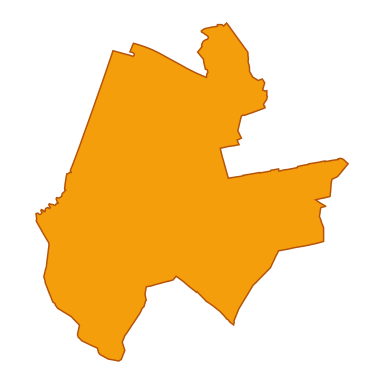 outline of Galgauskas pag., Gulbene, Latvia
{"feature_id": "27541924B87503038984023", "entity_name": "Galgauskas pag.", "entity_type": "district", "adm_level": 2, "iso_a3": "LVA", "parent_name": "Latvia", "parent_adm1": "Gulbene", "projection": "albers", "projection_center": [26.584, 57.171], "detail": "fine", "context": "isolated", "style": "filled", "palette": "amber", "viewbox_px": 384, "rotation_deg": 0, "n_neighbors": 0, "source": "geoboundaries", "source_scale": "gbopen_adm2", "svg_char_len": 5692}
<svg xmlns="http://www.w3.org/2000/svg" viewBox="0 0 384 384"><path d="M348.1,163.7L346.9,162.7L343.4,159.4L341.2,158.5L340.9,158.3L338.1,158.8L338.2,159.5L335.6,159.9L332.5,160.3L328.3,161.1L325.2,161.6L325.1,161.0L323.1,161.3L319.9,162.0L315.4,162.8L308.3,163.9L308.1,164.5L305.3,164.9L297.5,166.5L297.6,167.5L294.3,168.2L287.6,169.5L285.1,169.7L278.9,171.1L278.8,170.8L278.6,168.9L270.8,170.3L270.5,171.1L267.0,171.7L263.7,172.3L259.7,172.9L259.6,172.5L252.3,173.8L242.8,175.4L242.8,175.9L240.6,176.3L236.5,176.9L228.3,178.2L227.7,176.0L227.2,174.2L223.6,161.3L222.3,156.8L221.5,153.7L220.3,148.3L227.7,146.6L230.9,146.1L234.7,145.6L239.1,144.7L237.1,140.1L241.4,138.2L238.5,132.1L237.8,130.6L238.4,128.5L238.5,128.0L239.8,122.4L241.3,116.3L243.0,115.0L244.5,115.4L249.0,113.7L250.6,113.2L255.6,111.4L261.8,109.1L263.6,108.4L265.0,107.8L264.6,106.0L263.9,105.8L263.6,104.2L264.5,102.5L266.7,99.6L267.0,97.5L267.3,96.9L267.3,96.2L266.6,95.3L266.9,94.4L266.8,90.7L265.5,91.1L262.6,90.0L264.7,82.8L262.3,79.0L258.2,80.5L252.6,77.0L252.2,76.1L252.1,75.9L249.5,71.3L249.5,67.2L248.9,64.6L248.1,61.9L248.1,61.5L248.3,59.9L248.3,59.1L248.3,58.8L248.4,58.6L247.9,54.8L248.0,54.7L247.8,52.2L228.4,25.4L226.6,23.0L223.6,26.1L222.0,24.6L217.4,24.6L217.4,25.3L217.3,26.3L212.2,27.1L211.9,27.1L204.9,28.6L204.8,28.9L204.5,29.0L204.1,29.0L203.7,29.2L203.4,29.4L203.1,29.6L201.3,31.0L201.4,31.7L201.6,32.0L201.8,32.2L203.5,33.0L204.6,33.9L207.9,36.3L208.1,36.5L208.3,36.9L208.3,37.4L208.2,37.7L208.0,38.4L207.5,39.0L207.2,39.3L206.9,39.4L206.0,39.7L205.4,39.9L205.0,40.2L204.5,40.4L203.4,41.3L203.1,41.7L202.8,42.2L202.4,43.1L202.1,43.6L201.8,44.3L201.7,45.1L201.6,45.6L201.6,45.9L201.7,46.3L202.0,46.6L199.5,49.8L197.6,52.1L203.4,59.2L203.8,62.4L204.9,67.0L205.4,69.2L207.1,69.6L207.9,72.3L206.8,74.0L206.6,76.6L206.5,76.8L206.4,77.4L201.6,75.4L197.4,73.6L193.8,71.9L192.0,71.0L189.8,69.9L186.2,68.0L182.3,65.8L159.8,53.5L156.9,52.0L154.2,50.7L152.7,50.0L150.2,48.9L146.4,47.4L144.8,46.8L140.6,45.4L135.1,43.7L133.5,43.3L132.6,45.2L130.0,51.8L132.4,52.5L132.9,52.7L133.3,52.9L133.6,53.2L134.1,53.8L134.3,54.2L134.3,54.7L134.2,55.1L133.9,55.5L133.0,56.4L132.9,56.3L130.4,55.5L130.0,55.3L124.9,54.0L113.0,50.7L111.9,54.0L109.9,59.9L109.7,60.5L103.1,79.9L99.9,89.0L95.9,100.3L93.2,108.2L93.1,108.3L91.8,112.1L90.6,115.3L88.8,120.4L88.5,121.3L83.0,136.5L79.7,145.9L72.3,165.7L70.6,169.5L70.5,171.3L71.0,171.9L71.9,172.5L71.1,172.4L71.0,172.5L69.7,172.4L69.5,172.5L69.4,172.8L67.8,173.7L67.6,173.9L67.3,174.1L67.2,174.1L66.7,174.0L66.4,175.9L65.1,184.0L65.0,184.5L65.1,185.0L64.6,188.3L64.8,189.1L64.7,189.4L64.7,189.6L65.0,189.8L65.2,190.0L65.3,190.0L65.6,190.3L65.1,190.7L63.9,192.1L63.0,192.9L62.7,193.2L62.4,193.4L62.2,193.7L62.0,194.6L61.9,195.4L61.8,195.8L61.6,196.4L61.2,196.7L60.4,197.2L59.2,197.9L58.8,198.1L58.2,198.0L57.7,197.8L57.0,197.6L56.8,197.6L56.6,197.7L56.4,198.1L56.2,198.6L56.3,199.3L57.1,201.5L57.4,202.0L58.0,202.6L58.0,203.3L56.6,203.4L55.3,205.2L54.1,205.2L53.2,204.7L51.4,204.3L50.5,204.2L49.6,203.7L48.8,204.4L49.0,205.3L50.2,207.1L50.0,208.1L49.0,208.5L48.5,207.8L47.5,207.6L46.8,207.8L45.7,208.6L45.1,209.9L45.2,211.3L44.5,211.8L43.9,211.4L43.3,210.4L42.6,210.1L41.3,209.6L40.9,210.8L41.2,211.4L41.8,211.7L42.0,212.1L41.4,213.6L40.2,214.5L39.1,214.3L38.4,213.4L37.1,213.1L36.6,213.7L35.9,213.9L36.3,215.0L36.4,217.2L36.6,218.6L36.7,219.1L36.5,220.0L36.4,220.5L36.2,220.8L37.6,223.6L40.1,227.9L43.8,234.5L46.7,239.4L48.6,242.5L49.1,244.8L48.9,245.5L48.8,247.4L48.5,249.0L47.6,256.3L47.4,257.9L46.6,264.3L46.3,267.3L46.2,267.5L45.3,270.0L45.3,270.9L44.6,273.2L43.9,276.4L43.9,277.1L44.8,279.9L45.3,281.8L45.1,282.3L48.9,292.3L50.2,295.3L50.9,297.1L52.8,302.0L54.9,303.5L55.5,305.2L56.6,306.8L57.8,308.4L59.8,309.6L61.0,310.3L63.5,311.9L67.2,314.1L71.5,316.8L72.9,318.4L79.5,325.1L78.4,330.2L77.5,334.4L78.2,337.1L81.9,340.8L91.9,345.7L97.4,348.1L98.6,352.7L100.1,354.6L108.4,359.1L115.4,360.3L118.8,361.0L121.3,359.4L124.8,350.4L122.9,344.3L122.5,343.2L122.4,342.8L122.4,342.3L122.4,341.9L123.9,338.0L124.7,336.0L125.0,335.4L126.8,333.0L127.8,331.5L139.4,314.0L141.2,310.7L141.6,309.5L141.8,309.0L142.1,308.5L143.1,307.4L143.9,306.8L145.7,300.6L146.2,300.4L145.0,294.2L146.3,286.8L151.0,286.0L155.8,284.5L156.6,284.3L167.7,281.3L167.8,281.5L173.1,279.9L175.7,276.8L176.1,276.2L176.2,276.3L183.0,281.2L189.1,286.5L192.8,289.4L195.2,291.2L196.4,292.3L196.7,292.1L196.7,291.8L196.8,291.8L196.9,291.7L197.2,292.0L200.4,295.2L205.3,300.2L205.9,300.9L206.4,301.5L207.1,301.8L207.5,302.0L213.2,306.0L219.9,311.3L225.4,317.2L226.0,317.9L226.3,318.7L226.7,318.9L228.1,319.7L229.9,322.1L233.6,324.9L234.1,323.0L234.1,320.5L238.7,309.1L240.1,306.7L241.7,304.1L244.2,299.9L249.0,292.1L250.5,289.5L252.6,286.0L253.1,285.2L255.2,283.1L255.3,282.9L255.8,282.8L256.5,282.0L257.2,281.1L259.6,278.8L260.8,277.6L261.9,276.4L265.1,273.2L266.7,271.5L268.1,270.1L270.5,267.6L272.8,262.6L273.6,261.0L274.6,258.8L276.4,255.0L277.9,252.3L278.5,250.7L280.0,250.6L282.1,250.2L283.3,249.9L287.7,249.2L293.7,247.8L302.5,246.3L303.9,246.1L305.8,245.7L309.4,245.0L311.7,244.4L316.6,243.4L322.3,241.8L323.6,241.4L323.6,240.9L323.6,239.6L323.6,237.5L323.6,233.2L323.6,231.5L323.7,231.0L323.6,230.6L323.6,227.7L323.0,226.1L321.4,222.1L321.3,221.5L321.1,221.4L321.1,221.0L321.1,220.8L320.8,219.9L320.2,218.4L319.4,216.4L319.8,214.2L320.5,209.1L320.9,207.6L321.0,207.5L325.5,206.4L325.6,206.2L320.2,203.0L315.6,199.8L322.0,198.3L322.6,198.2L323.0,198.2L325.4,197.6L328.5,196.9L329.7,196.6L329.9,196.4L330.1,196.2L330.6,191.1L331.1,184.5L331.0,184.2L331.9,179.3L335.5,177.6L336.8,177.0L337.7,176.4L340.7,172.9L340.9,172.6L346.3,166.0L348.0,163.8L348.1,163.7Z" fill="#f59e0b" stroke="#b45309" stroke-width="1.5"/></svg>